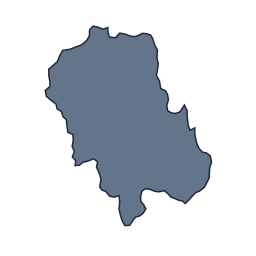 Divinésia, Minas Gerais, Brazil, rotated 12°
{"feature_id": "56859067B81533009711708", "entity_name": "Divinésia", "entity_type": "district", "adm_level": 2, "iso_a3": "BRA", "parent_name": "Brazil", "parent_adm1": "Minas Gerais", "projection": "natural_earth1", "projection_center": [-42.994, -20.992], "detail": "fine", "context": "isolated", "style": "filled", "palette": "slate", "viewbox_px": 256, "rotation_deg": 12, "n_neighbors": 0, "source": "geoboundaries", "source_scale": "gbopen_adm2", "svg_char_len": 1632}
<svg xmlns="http://www.w3.org/2000/svg" viewBox="0 0 256 256"><g transform="rotate(12 128 128)"><path d="M193.3,114.0L189.1,117.3L186.5,113.2L184.9,108.5L183.4,104.2L182.2,98.7L178.4,93.8L175.6,101.3L171.7,103.8L167.7,104.2L163.3,103.0L161.3,98.0L161.6,91.6L159.6,86.8L156.9,83.8L151.8,82.6L148.9,75.3L144.9,70.9L144.7,63.8L144.2,58.8L141.8,53.7L140.6,45.7L136.4,40.6L133.5,35.3L130.8,32.4L126.4,31.9L122.3,32.4L119.0,35.2L115.7,37.2L112.0,37.6L105.3,36.7L100.2,36.9L96.8,42.5L90.8,42.7L88.5,38.6L87.4,33.9L83.1,36.5L78.0,35.6L72.6,35.6L70.0,39.9L71.1,45.9L69.7,50.3L67.6,53.5L64.8,56.7L60.6,59.2L55.2,62.9L47.9,65.7L46.1,71.6L45.3,77.4L41.9,82.1L38.2,86.9L39.9,93.8L41.9,98.7L43.0,103.5L39.3,108.5L41.5,114.0L47.1,117.0L52.7,119.6L54.6,124.0L59.5,125.8L62.0,130.4L66.0,132.8L67.8,138.4L70.1,144.8L75.5,145.8L77.1,152.0L77.1,157.4L80.5,162.3L79.5,167.8L83.6,170.8L84.1,175.8L88.4,174.4L91.0,170.9L95.2,169.0L100.9,165.2L105.3,167.5L105.3,172.8L108.8,177.6L112.2,183.4L112.6,191.6L115.5,194.2L119.2,194.5L124.1,198.5L129.0,198.5L133.3,196.0L134.7,200.2L135.6,204.6L136.0,208.9L138.3,214.1L141.7,220.1L145.1,224.1L149.9,222.9L152.1,217.2L154.2,213.4L158.0,211.4L160.5,208.2L162.3,203.4L158.8,199.3L155.8,197.1L154.6,192.4L154.7,187.1L157.4,183.9L162.1,183.4L167.0,184.3L171.2,184.1L176.6,181.8L180.6,183.9L184.3,186.6L188.6,187.3L192.7,188.2L196.4,188.0L199.6,190.0L202.2,186.3L204.6,182.0L207.5,177.2L211.0,174.9L215.1,170.1L217.8,159.9L216.8,154.3L216.2,149.6L216.8,144.1L214.3,138.2L210.1,136.1L205.6,136.1L201.7,133.1L198.5,128.8L196.4,124.2L194.6,120.0L193.3,114.0Z" fill="#64748b" stroke="#1e293b" stroke-width="1.5"/></g></svg>